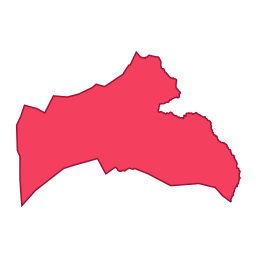 Altanco'gc, Bayan-Ölgiy, Mongolia (Equal Earth projection), rotated 89°
{"feature_id": "93677404B16075742501612", "entity_name": "Altanco'gc", "entity_type": "district", "adm_level": 2, "iso_a3": "MNG", "parent_name": "Mongolia", "parent_adm1": "Bayan-Ölgiy", "projection": "equal_earth", "projection_center": [90.479, 48.976], "detail": "fine", "context": "isolated", "style": "filled", "palette": "rose", "viewbox_px": 256, "rotation_deg": 89, "n_neighbors": 0, "source": "geoboundaries", "source_scale": "gbopen_adm2", "svg_char_len": 5560}
<svg xmlns="http://www.w3.org/2000/svg" viewBox="0 0 256 256"><g transform="rotate(89 128 128)"><path d="M203.5,26.5L203.3,26.3L203.0,26.2L202.7,26.2L201.9,26.4L201.5,26.4L201.2,26.4L199.5,25.6L198.7,25.4L197.8,24.7L197.3,24.1L197.0,23.9L196.6,23.9L196.0,23.7L194.8,23.8L193.9,23.4L193.6,23.0L192.2,22.9L191.1,22.4L190.6,22.2L189.1,21.4L188.3,20.8L188.1,20.6L188.4,20.0L188.4,19.9L188.1,19.7L187.8,19.7L187.6,19.7L187.2,20.0L186.8,20.2L186.6,20.1L186.3,19.9L186.0,19.5L186.0,19.2L185.7,19.0L185.6,18.7L185.0,18.5L183.1,18.2L182.3,17.9L181.6,17.8L180.9,17.7L180.6,17.7L180.4,17.5L180.2,16.9L180.0,16.7L179.7,17.1L178.9,17.5L178.2,17.7L177.4,17.7L176.8,17.6L175.6,17.4L175.0,17.4L174.6,17.3L174.2,17.1L173.8,16.7L172.8,17.1L172.6,17.4L172.3,17.6L172.1,17.9L171.8,18.0L171.1,17.9L170.7,17.9L170.4,18.1L170.0,19.0L170.0,19.8L169.6,19.9L169.3,19.8L168.8,19.8L168.2,20.0L167.6,20.1L167.1,20.1L166.7,19.9L166.1,19.6L165.9,19.5L165.5,19.5L165.2,19.8L164.8,19.9L164.3,19.8L163.9,20.0L163.5,20.5L162.7,20.6L162.4,20.8L162.1,21.2L161.6,21.3L161.2,21.4L160.6,22.0L160.2,22.2L159.8,22.2L159.4,22.2L159.4,22.5L159.2,22.7L158.9,22.6L158.4,22.6L157.9,22.4L157.6,22.5L157.4,22.8L157.2,23.0L157.2,23.4L157.0,23.7L156.9,24.2L156.6,24.6L155.9,24.8L155.2,25.3L154.7,25.3L154.2,25.4L153.5,25.9L152.9,25.7L152.6,25.7L152.3,26.0L151.7,26.1L151.4,26.4L151.3,26.9L151.1,27.4L150.5,27.8L150.3,28.0L150.0,28.2L149.2,28.3L149.0,28.5L148.8,28.7L148.7,29.1L148.1,29.4L147.9,29.3L147.6,29.1L147.2,29.2L146.3,29.7L146.1,30.0L146.0,30.4L145.7,30.9L145.6,31.1L145.0,31.5L144.6,31.9L144.5,32.4L144.8,32.8L144.5,33.2L144.2,33.7L144.2,34.9L143.8,35.7L143.1,36.1L143.0,36.8L142.6,37.1L142.4,37.6L141.9,38.0L138.7,39.2L138.3,39.1L137.8,39.4L137.6,39.8L137.8,40.1L137.6,40.5L136.9,40.9L136.5,41.5L136.2,42.0L135.9,42.5L135.4,42.7L134.5,42.7L134.3,42.8L134.1,43.0L134.0,43.4L133.6,43.6L132.3,43.8L131.7,43.9L130.8,44.4L130.6,44.7L130.2,44.8L129.4,45.0L129.0,44.9L128.4,44.6L127.6,44.6L127.2,44.7L126.0,45.2L125.6,45.2L124.6,44.8L124.1,45.0L123.8,45.1L122.9,45.8L122.4,46.3L122.2,46.6L122.0,47.0L121.9,47.8L121.6,48.2L121.0,48.4L120.2,49.1L120.0,49.5L119.9,49.8L119.7,50.2L119.4,50.3L118.8,50.3L118.3,50.5L118.2,51.0L118.1,51.5L118.2,51.9L118.5,52.3L118.7,52.6L118.5,53.0L118.3,53.3L117.9,53.7L117.5,54.0L117.3,54.3L117.1,55.0L116.4,55.7L116.0,56.6L115.7,57.1L115.4,57.9L115.0,58.4L114.5,58.8L113.9,59.3L113.8,59.6L113.9,60.0L114.2,60.3L114.5,60.7L114.6,61.1L114.8,61.5L115.2,62.6L115.3,62.9L115.2,63.3L114.9,63.5L114.6,63.7L114.3,64.0L114.2,64.4L114.3,65.1L114.4,65.7L114.1,66.3L114.0,66.7L114.0,66.9L114.4,68.3L114.3,68.7L114.3,69.0L114.5,69.4L114.7,69.6L115.2,69.7L116.1,69.7L116.6,69.8L116.9,70.0L116.9,70.4L116.7,70.7L116.4,71.1L116.3,71.4L116.3,71.8L116.7,71.9L117.5,71.8L118.3,72.3L118.8,72.2L119.2,72.2L119.4,72.5L119.4,73.0L118.8,73.6L118.7,73.8L118.7,74.1L118.9,74.4L118.9,74.8L118.7,75.5L118.1,76.7L118.4,77.4L118.0,77.6L117.8,78.0L117.7,78.2L117.3,78.8L116.8,79.2L116.8,79.5L116.6,79.8L116.5,80.7L116.2,81.1L116.0,81.5L115.8,82.3L115.7,82.7L114.7,83.0L114.2,83.2L113.4,84.1L113.3,84.4L112.9,85.0L113.0,85.3L113.1,85.5L113.5,86.0L113.8,86.2L114.1,86.6L114.2,87.2L113.9,88.1L113.7,88.4L113.6,88.7L113.8,89.0L114.1,89.2L114.5,89.5L114.7,89.8L114.6,90.1L114.4,90.5L113.8,91.1L113.7,91.4L113.7,92.1L113.2,92.7L112.7,93.7L112.7,94.0L112.4,94.3L112.3,94.5L112.2,95.2L112.3,95.5L112.7,96.4L112.6,97.2L112.3,97.4L110.8,97.5L110.5,97.5L110.1,97.3L109.8,97.0L108.4,96.7L108.1,96.7L107.7,96.7L106.9,96.6L106.7,96.5L105.1,96.1L104.7,95.8L104.5,95.3L104.4,94.0L104.4,93.0L104.3,91.9L104.1,91.0L103.9,90.7L103.6,90.3L103.3,89.7L103.0,89.4L102.7,88.7L102.9,87.9L103.0,87.4L102.9,87.0L101.8,86.3L101.0,85.9L100.7,85.5L100.8,85.2L100.8,84.7L100.5,84.1L100.0,83.7L99.5,83.2L99.2,82.6L99.2,82.2L99.0,81.8L98.5,81.2L98.4,80.7L98.4,79.8L98.2,79.3L97.9,78.7L98.2,78.3L98.5,78.2L98.7,77.9L98.6,77.2L98.5,76.8L98.1,76.4L97.8,76.3L97.2,76.2L96.6,76.1L95.9,76.2L95.2,76.2L94.3,75.3L93.6,75.1L93.0,75.4L92.8,75.5L92.6,75.7L92.5,76.0L92.0,76.5L91.4,76.9L90.9,77.2L90.4,77.8L88.5,79.2L87.8,79.2L87.5,79.3L86.9,79.4L86.3,79.3L85.9,79.3L85.5,79.2L84.2,79.1L83.1,79.0L81.7,78.9L81.0,78.6L80.5,78.8L80.3,79.0L80.1,79.3L79.8,80.3L79.6,80.8L79.4,81.4L79.1,81.6L78.9,81.8L78.8,82.0L78.8,82.5L79.0,83.1L78.9,83.9L78.8,84.1L78.5,84.2L78.4,84.3L78.2,84.9L78.0,85.2L77.3,86.0L76.2,86.8L74.3,88.2L74.2,88.4L73.8,88.6L73.3,89.1L73.0,89.5L72.8,89.9L72.6,90.3L72.3,90.4L72.0,90.4L71.6,90.5L71.2,90.7L70.4,90.8L69.8,91.0L69.3,91.7L69.4,92.3L69.3,92.5L69.1,93.2L68.9,93.4L68.1,93.6L67.2,93.9L66.8,94.1L65.5,94.1L65.3,94.1L65.1,94.1L63.9,94.0L62.8,93.9L62.5,93.9L62.2,94.0L61.3,94.5L60.1,94.9L59.3,95.4L58.5,95.7L58.2,96.0L57.5,96.8L57.4,97.6L57.4,97.9L57.5,98.0L57.5,98.5L55.6,105.8L57.3,107.5L57.4,108.1L57.6,108.6L57.6,109.2L57.8,109.7L58.6,109.7L57.2,114.4L52.3,118.4L65.1,124.7L65.2,126.1L68.0,128.0L71.2,130.3L74.2,132.0L86.2,150.6L83.7,159.1L86.9,162.9L93.3,176.8L96.0,188.2L94.6,202.0L111.5,210.9L107.0,218.9L103.5,231.1L114.3,234.9L123.2,239.3L148.6,239.0L154.3,236.5L178.1,236.9L181.1,236.7L183.6,236.6L188.5,236.3L191.5,236.2L203.7,235.5L188.9,221.8L175.3,203.8L167.3,193.1L164.0,182.0L158.0,158.9L173.5,151.0L167.2,141.8L167.2,141.0L167.5,140.6L168.0,140.1L168.7,139.5L169.7,139.0L170.4,138.4L170.9,137.5L171.1,136.9L171.1,135.9L170.9,135.4L170.5,134.1L170.4,133.1L170.8,132.1L170.4,131.3L169.8,130.7L168.8,128.8L168.5,128.4L168.4,126.6L169.0,125.1L169.2,124.2L169.2,123.2L168.5,122.2L174.1,108.7L186.4,86.3L184.7,58.2L189.0,41.8L197.2,34.8L203.1,27.3L203.5,26.5Z" fill="#f43f5e" stroke="#9f1239" stroke-width="1.5"/></g></svg>